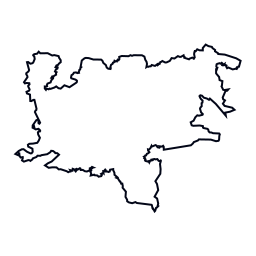 the district of Cuayuca de Andrade, Puebla, Mexico
{"feature_id": "50627088B9044190088910", "entity_name": "Cuayuca de Andrade", "entity_type": "district", "adm_level": 2, "iso_a3": "MEX", "parent_name": "Mexico", "parent_adm1": "Puebla", "projection": "orthographic", "projection_center": [-98.207, 18.433], "detail": "fine", "context": "isolated", "style": "outline", "palette": "ink", "viewbox_px": 256, "rotation_deg": 0, "n_neighbors": 0, "source": "geoboundaries", "source_scale": "gbopen_adm2", "svg_char_len": 5666}
<svg xmlns="http://www.w3.org/2000/svg" viewBox="0 0 256 256"><path d="M26.3,73.2L26.2,74.1L27.3,76.0L27.5,77.1L24.0,82.2L24.9,83.4L26.6,83.0L29.3,83.2L29.5,84.3L28.2,85.8L28.2,86.5L29.6,89.4L29.2,90.6L26.5,91.8L26.7,92.5L26.9,93.4L30.0,94.6L30.3,101.0L31.3,101.1L33.3,99.9L34.4,99.9L36.5,108.7L36.3,110.0L35.5,110.6L34.9,112.0L40.1,122.7L39.4,123.7L38.6,123.3L38.4,121.7L39.0,120.5L38.0,119.6L36.3,120.2L32.7,125.4L32.6,127.7L33.8,128.3L34.2,126.9L34.7,128.8L35.7,129.4L38.5,128.8L39.9,130.1L40.2,130.9L39.8,131.5L38.6,131.4L37.9,132.4L38.2,134.5L39.9,137.8L38.8,140.5L37.3,142.8L33.0,143.6L29.3,143.8L27.9,144.8L28.2,146.6L32.4,148.7L32.7,151.8L31.6,153.3L30.5,153.4L26.9,151.7L23.6,149.2L21.8,149.3L18.7,151.0L15.4,154.0L18.4,155.3L18.9,153.2L19.3,153.3L19.5,155.8L20.6,157.5L22.7,157.1L22.8,158.1L22.0,160.4L23.9,161.6L28.3,160.1L29.7,160.3L30.4,160.9L32.4,159.4L32.8,158.4L36.4,157.0L37.5,155.7L40.5,155.8L41.3,155.2L47.2,154.2L50.3,152.2L51.2,150.8L53.0,151.0L54.7,152.2L55.3,153.1L57.3,153.2L59.0,154.7L51.7,161.5L47.9,163.3L45.0,165.4L48.7,167.8L52.5,167.3L56.5,167.4L58.8,169.4L60.6,169.2L66.7,171.2L68.2,172.2L70.1,171.3L70.7,171.5L71.1,171.0L70.5,170.2L72.4,170.7L72.7,168.8L73.8,169.2L75.7,171.4L76.2,170.7L75.8,169.2L76.7,168.8L77.7,169.6L79.9,168.2L80.4,168.5L80.7,170.0L82.8,169.9L84.8,171.2L86.9,171.5L89.8,170.3L89.8,168.3L91.0,167.9L92.0,166.9L93.3,167.5L92.4,167.7L92.2,168.3L90.9,168.8L90.8,169.6L91.3,170.4L90.4,171.8L91.2,173.5L90.7,175.5L94.2,174.7L94.5,175.2L97.4,175.5L98.6,176.7L101.3,176.1L101.9,174.9L101.1,173.9L103.0,172.9L103.5,173.3L103.2,171.1L103.9,171.1L105.2,169.6L105.8,170.3L105.6,171.5L107.5,171.5L108.4,172.0L109.7,171.5L110.1,169.7L113.2,169.1L113.2,170.2L114.4,172.7L114.5,174.8L117.4,177.3L116.5,177.8L117.9,178.4L119.8,181.5L120.3,181.5L121.2,183.7L122.3,183.6L122.8,186.1L122.6,187.7L125.9,191.7L125.5,196.9L127.1,199.7L127.2,201.3L128.9,202.4L132.2,203.2L135.4,202.1L136.9,203.0L151.5,204.8L151.9,205.2L152.5,208.3L152.9,208.9L153.2,208.7L154.6,211.4L155.2,210.8L156.1,207.8L156.9,207.5L158.1,206.2L157.6,206.0L158.2,203.5L157.1,198.5L154.6,196.7L158.2,190.1L157.0,184.0L155.4,181.2L160.3,173.8L160.6,169.1L160.0,164.0L160.9,160.8L160.7,160.5L159.8,161.2L158.6,160.8L157.4,159.1L155.5,159.4L154.4,159.0L152.6,159.4L153.2,159.7L152.7,160.2L148.7,161.1L149.7,161.6L149.3,162.5L149.0,161.9L145.4,160.9L145.0,160.2L145.5,159.3L144.3,158.3L144.8,157.8L144.0,156.7L144.7,156.5L145.2,155.5L146.1,155.4L146.9,153.8L148.3,153.2L149.4,152.2L148.1,150.6L148.0,149.5L148.7,149.8L150.4,148.2L151.5,145.9L151.8,146.6L155.5,145.1L156.4,145.5L157.6,147.3L159.4,147.7L160.1,146.8L159.7,146.3L162.0,146.6L163.1,145.8L163.7,146.7L163.8,149.7L190.9,145.3L192.9,143.5L193.8,142.1L197.9,140.5L198.9,139.4L210.8,139.6L216.0,141.2L218.5,140.8L219.1,139.7L219.3,136.0L219.8,134.4L219.2,133.5L213.0,133.2L211.4,132.5L209.6,132.4L208.6,131.3L208.3,129.8L207.6,128.9L203.5,128.0L203.0,127.6L202.9,126.1L199.7,125.5L193.3,125.8L191.7,125.3L190.7,122.3L193.6,120.7L195.3,117.3L197.3,115.3L199.0,115.7L202.5,114.8L202.8,114.1L201.1,112.4L200.0,108.8L200.4,107.6L201.7,106.2L201.6,103.2L202.4,102.6L202.6,100.6L201.1,99.2L200.1,97.6L199.5,96.1L200.3,95.3L202.0,95.7L203.9,97.7L206.8,98.5L209.0,99.8L209.9,98.6L215.8,103.9L225.8,115.7L225.3,112.6L230.0,111.7L234.5,109.8L232.2,107.7L224.6,105.9L222.9,103.7L225.0,100.4L223.2,99.3L222.7,97.5L225.5,91.0L227.2,90.7L228.3,89.4L226.0,89.8L226.0,90.3L223.2,89.8L221.5,86.3L221.9,85.7L222.4,81.1L219.6,80.1L219.1,77.0L216.1,73.4L216.1,69.5L216.7,69.7L217.3,67.9L216.9,67.9L216.3,66.3L216.6,64.3L217.2,63.9L219.5,63.2L220.5,63.7L221.7,62.8L222.5,63.5L222.1,65.1L222.6,65.3L224.5,64.0L224.2,65.2L225.6,65.0L226.5,65.5L226.2,66.6L227.1,68.2L228.3,67.5L232.7,69.4L235.8,68.7L236.7,69.0L237.1,68.4L236.4,68.1L236.9,67.3L237.5,67.5L238.4,66.5L239.0,66.6L240.6,60.8L236.2,58.3L224.8,54.6L218.2,54.0L218.0,53.2L215.0,51.3L215.1,50.0L212.5,48.1L211.9,46.9L208.4,46.1L205.7,44.6L202.8,48.0L202.8,50.4L199.5,50.3L197.2,49.3L195.9,51.0L195.0,51.0L195.1,51.6L194.4,52.0L194.1,54.1L194.7,57.4L193.9,58.5L193.9,59.5L193.4,58.0L192.3,57.6L189.5,58.7L189.0,59.3L184.4,57.8L184.6,57.1L184.0,56.8L183.6,55.3L180.8,56.9L179.7,56.9L177.9,56.1L174.5,58.5L171.6,58.1L169.8,60.9L166.6,62.4L165.2,62.5L162.3,61.0L161.4,61.8L160.3,62.1L159.6,63.9L158.5,63.6L157.9,63.8L158.1,64.8L157.5,65.3L156.8,64.6L155.0,65.9L151.7,65.0L150.8,66.3L149.1,66.4L148.4,66.8L147.2,66.6L146.4,67.1L147.0,63.9L146.5,61.7L145.3,59.8L144.4,56.6L142.0,55.3L133.7,55.2L132.0,55.8L130.5,55.2L128.5,56.2L121.7,56.0L119.2,56.9L119.4,59.1L118.6,60.2L117.8,59.7L117.0,61.2L116.6,60.8L115.6,61.5L114.5,60.8L114.0,62.3L112.9,62.7L112.7,63.7L111.1,64.8L110.3,67.3L110.8,68.0L110.5,69.0L108.2,68.7L106.7,67.5L105.9,65.1L103.3,62.9L102.4,60.7L101.1,59.6L93.3,59.5L88.7,58.1L85.8,57.9L84.5,58.3L81.8,60.5L80.6,66.9L81.2,67.2L80.3,68.1L80.2,69.3L79.3,70.0L79.4,70.6L78.7,71.6L79.0,72.8L77.3,73.1L76.0,72.4L73.9,72.7L72.9,74.3L71.5,75.2L71.0,77.5L71.3,78.3L75.5,79.6L76.9,80.6L76.9,81.9L76.4,82.6L69.5,87.2L64.4,85.3L60.7,88.6L58.5,88.2L56.2,86.4L54.5,87.5L50.5,88.9L49.6,88.6L48.7,89.3L47.7,88.9L46.3,89.0L45.9,89.8L44.8,88.5L44.8,86.5L46.1,86.7L47.1,86.2L46.8,85.2L47.5,83.6L50.6,82.4L51.3,80.3L53.1,78.4L53.1,78.0L51.4,77.8L52.3,76.4L53.3,76.9L54.1,75.8L56.1,74.7L56.0,72.8L56.5,72.2L55.0,71.5L55.8,69.6L57.4,68.6L57.7,67.3L57.0,66.9L56.4,67.5L55.5,67.2L56.5,65.4L58.2,64.8L58.8,63.7L60.7,62.2L60.7,60.2L59.1,57.8L58.6,56.1L54.3,55.1L52.2,55.5L47.7,53.2L40.3,53.3L38.7,51.7L37.1,53.7L34.2,54.2L33.3,54.9L33.2,55.4L34.3,56.5L34.7,59.0L33.2,62.6L32.2,63.3L30.4,63.7L28.1,62.0L27.0,62.2L29.1,70.0L28.5,71.4L26.3,73.2Z" fill="none" stroke="#020617" stroke-width="2"/></svg>